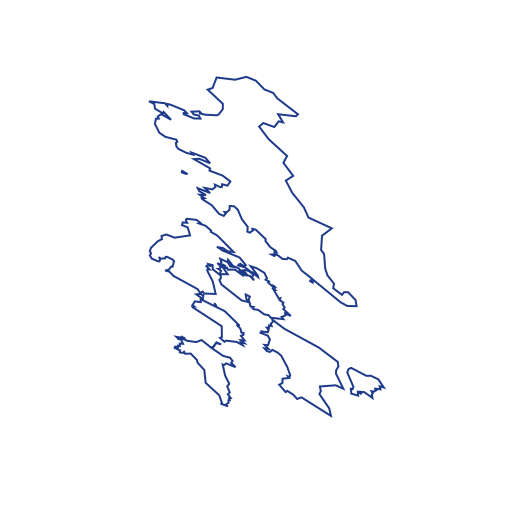 Herøy nor, Møre og Romsdal, Norway (Robinson projection), rotated 222°
{"feature_id": "86288312B50103571231900", "entity_name": "Herøy nor", "entity_type": "district", "adm_level": 2, "iso_a3": "NOR", "parent_name": "Norway", "parent_adm1": "Møre og Romsdal", "projection": "robinson", "projection_center": [5.668, 62.312], "detail": "fine", "context": "isolated", "style": "outline", "palette": "blue", "viewbox_px": 512, "rotation_deg": 222, "n_neighbors": 0, "source": "geoboundaries", "source_scale": "gbopen_adm2", "svg_char_len": 6147}
<svg xmlns="http://www.w3.org/2000/svg" viewBox="0 0 512 512"><g transform="rotate(222 256 256)"><path d="M373.4,386.2L383.0,382.7L389.5,373.0L404.7,362.3L400.7,351.8L403.2,347.3L382.5,346.9L379.0,343.0L378.4,336.4L379.3,334.3L388.2,327.1L393.8,324.0L392.4,325.4L394.8,325.7L400.4,320.2L397.0,319.5L392.6,322.1L389.3,320.9L394.0,316.8L404.7,313.0L405.4,313.8L403.0,315.9L406.9,316.2L420.9,311.2L423.5,309.8L422.2,308.2L425.8,308.6L439.0,299.4L433.3,300.9L429.6,297.9L420.5,299.7L421.0,301.2L410.3,300.4L421.4,298.0L422.3,294.0L420.2,293.0L422.3,291.1L419.5,286.5L410.2,282.9L403.1,283.9L393.0,289.2L390.8,288.1L391.2,286.4L388.4,284.1L385.3,283.7L377.0,286.0L370.7,289.2L373.0,289.8L359.3,295.1L352.1,294.2L363.3,290.2L366.9,286.5L348.7,290.4L347.7,288.3L334.7,293.4L324.9,294.2L324.3,289.2L329.2,286.6L327.6,284.6L328.5,283.3L334.3,281.5L332.4,280.0L333.0,276.3L339.6,272.3L332.2,272.1L344.7,267.4L341.6,266.2L334.0,267.8L338.8,263.9L333.1,264.5L335.0,262.6L334.0,262.3L322.8,264.1L311.6,262.6L306.8,264.2L306.9,267.2L308.8,267.6L307.1,268.9L306.5,272.5L309.0,275.6L305.5,278.3L300.4,278.2L291.2,273.9L281.6,272.1L278.8,268.3L276.2,269.2L275.4,273.0L276.8,273.8L274.0,275.4L260.0,275.0L259.1,273.5L251.2,272.1L243.9,273.2L245.2,272.5L243.3,272.4L244.7,271.0L243.2,269.9L245.4,267.5L242.4,268.3L241.8,271.0L234.2,271.6L231.0,274.3L231.2,276.1L223.4,278.6L212.2,275.7L199.3,276.6L198.6,274.2L199.8,273.4L196.0,274.2L197.4,276.6L162.1,278.2L154.6,280.0L147.7,286.0L152.5,289.9L163.3,290.7L166.3,288.1L166.1,284.7L177.1,283.7L179.4,287.6L189.9,289.4L196.1,292.9L206.8,303.1L211.6,304.0L220.5,315.2L218.2,327.3L242.7,319.7L253.0,324.2L271.4,327.2L284.3,332.0L282.0,340.4L298.0,343.6L299.8,351.1L324.8,351.3L340.3,354.3L339.5,359.7L328.7,364.1L329.2,371.3L325.3,373.4L334.4,376.2L319.9,386.5L319.7,389.4L345.5,387.4L352.3,388.7L361.2,385.4L373.4,386.2ZM271.8,190.9L274.7,187.6L266.7,188.4L268.7,191.5L271.2,190.7L272.5,192.1L271.8,193.9L269.3,193.5L260.6,200.8L271.0,208.1L282.5,212.5L283.1,213.7L281.5,214.9L286.1,215.3L285.8,217.0L282.3,218.4L285.3,218.5L282.0,220.2L279.3,217.2L270.7,217.8L272.1,221.7L275.5,221.2L274.3,222.4L275.2,224.4L280.1,225.0L272.3,225.2L270.5,227.5L272.1,226.3L272.2,228.0L274.5,227.6L273.8,225.9L277.5,226.6L277.3,228.1L280.7,230.0L272.5,232.5L268.2,231.0L265.7,232.6L273.0,232.7L274.2,234.5L266.5,233.2L260.2,235.3L258.0,234.6L253.9,239.0L250.1,240.2L252.8,240.3L251.0,240.6L249.9,240.7L249.2,240.9L256.4,240.2L263.0,237.1L263.0,238.3L259.7,239.1L263.4,239.5L258.0,240.5L257.5,242.4L267.2,243.9L284.3,237.8L291.3,236.7L286.1,238.2L287.9,238.5L285.8,239.8L280.2,240.5L275.4,244.0L298.5,245.3L305.8,243.7L306.5,244.9L313.7,244.7L320.3,242.0L319.5,243.4L324.3,243.1L332.4,237.3L332.2,235.7L329.4,234.6L332.9,231.9L331.7,229.4L325.9,231.6L318.8,227.2L328.8,215.1L336.9,212.1L339.6,207.7L337.2,205.6L338.9,201.1L339.5,191.7L338.1,188.5L335.7,187.7L335.4,185.5L331.7,184.3L325.8,186.3L324.2,187.4L324.9,189.3L327.5,190.2L325.1,190.2L321.9,193.5L322.6,194.9L321.5,195.9L315.5,197.6L313.4,197.3L310.9,192.2L312.0,191.4L311.6,187.4L313.9,184.4L309.8,186.4L304.0,186.0L277.2,192.3L271.8,190.9ZM152.6,175.9L142.9,174.7L142.5,176.7L135.6,177.9L129.7,177.3L127.6,181.4L93.3,187.3L99.7,191.8L116.5,195.8L117.3,198.8L121.2,201.8L110.3,213.2L102.3,215.8L117.9,222.1L120.0,224.8L120.8,229.0L124.4,232.0L148.0,230.0L186.2,220.9L201.2,219.6L199.5,218.7L199.6,215.4L197.5,214.4L199.9,213.0L198.3,211.4L200.0,210.0L197.1,209.5L196.2,207.2L201.3,203.8L199.3,202.9L202.2,201.6L194.0,204.7L189.8,203.3L187.4,197.8L190.1,195.7L184.5,195.3L188.0,193.0L184.2,192.6L181.4,194.1L181.0,197.2L175.2,198.7L170.5,198.8L158.6,194.5L150.8,190.3L150.1,188.6L151.8,187.9L149.9,187.4L154.2,182.6L151.4,179.4L152.6,175.9ZM262.7,211.7L236.9,213.4L230.4,216.9L234.6,217.7L237.8,220.5L233.4,221.7L232.3,218.7L226.2,214.8L223.7,216.5L223.6,214.9L222.3,214.8L218.4,217.4L210.9,218.1L207.2,220.4L203.7,220.0L193.4,227.4L196.2,227.9L194.3,231.6L195.9,232.8L190.0,234.8L200.2,234.8L200.3,236.9L204.2,238.0L204.4,239.7L208.9,239.0L209.7,240.9L210.4,239.6L220.5,242.8L219.7,243.4L222.8,243.0L219.6,243.5L221.5,245.8L224.9,245.1L221.9,245.3L223.1,244.5L229.2,244.4L229.3,245.8L233.0,244.8L233.0,246.8L238.5,249.1L247.3,247.4L253.1,244.9L241.7,242.7L240.3,241.7L247.9,241.5L249.0,240.2L245.0,240.4L245.1,237.7L241.2,236.5L247.3,237.2L252.0,233.9L252.8,234.3L249.9,236.0L253.7,236.7L254.7,235.6L254.0,235.6L253.7,235.0L252.4,235.0L253.2,234.5L256.0,235.5L257.4,234.3L253.5,234.3L255.8,233.5L254.0,232.6L262.4,231.8L267.8,227.0L269.6,227.9L271.7,225.1L264.8,223.5L270.1,218.9L267.2,215.9L267.2,213.7L262.7,211.7ZM182.4,123.7L183.7,122.6L176.2,125.5L179.2,124.9L178.2,128.6L179.9,130.3L179.0,131.3L180.9,132.3L179.7,133.5L184.4,134.4L184.2,137.0L190.2,139.9L190.3,143.1L199.0,146.5L208.0,153.0L206.8,153.2L206.4,156.2L196.8,159.7L203.0,160.0L203.1,162.3L207.1,163.1L213.5,159.8L227.5,157.9L226.6,159.8L227.4,164.7L222.7,167.0L227.6,165.4L227.1,159.7L228.2,157.9L240.2,157.1L242.8,152.1L250.4,146.9L252.7,146.3L254.2,147.1L255.8,146.8L253.2,146.2L256.5,144.2L257.0,147.2L257.6,144.7L260.1,143.4L258.0,143.6L260.1,143.1L261.0,142.6L257.6,142.4L256.4,144.0L251.5,141.9L254.0,139.9L252.3,138.1L254.0,137.1L252.9,136.0L255.4,134.6L255.0,133.3L249.3,135.0L248.2,133.4L245.4,135.1L245.4,136.7L243.3,135.9L239.2,139.8L230.3,139.2L228.0,137.6L218.1,136.7L208.6,128.1L190.1,127.9L182.4,123.7ZM227.9,171.1L222.0,171.1L221.7,173.0L212.8,179.2L206.2,180.8L209.4,181.7L206.4,183.4L210.9,183.4L208.0,185.6L213.7,186.6L212.6,189.2L213.8,190.5L215.6,189.3L219.0,191.6L224.5,191.9L221.5,193.2L242.3,194.1L251.0,191.7L253.7,192.9L255.4,193.0L251.5,191.5L268.2,186.9L266.2,184.8L271.1,181.3L270.3,176.9L268.5,177.1L269.8,176.1L268.9,175.5L234.5,180.9L227.1,172.9L227.9,171.1ZM93.0,217.5L86.7,220.6L89.3,223.0L85.1,224.0L87.8,224.7L84.4,227.3L74.5,228.4L77.1,230.4L77.6,231.7L76.5,231.7L79.7,232.8L77.4,234.4L76.7,237.3L79.4,236.7L74.3,240.2L76.9,241.9L73.0,243.8L82.6,246.2L90.4,243.9L93.8,240.8L110.5,236.5L111.5,233.7L110.2,230.5L96.0,223.9L95.1,221.6L96.7,220.8L93.0,217.5ZM367.2,268.6L364.6,269.4L361.6,271.1L367.8,269.9L367.2,268.6Z" fill="none" stroke="#1e3a8a" stroke-width="2"/></g></svg>